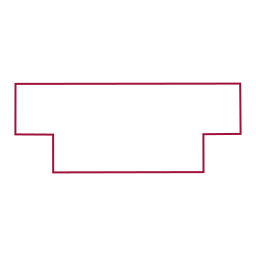 outline of Red Lake, Minnesota, United States of America
{"feature_id": "52423323B54609043510848", "entity_name": "Red Lake", "entity_type": "district", "adm_level": 2, "iso_a3": "USA", "parent_name": "United States of America", "parent_adm1": "Minnesota", "projection": "albers", "projection_center": [-96.095, 47.862], "detail": "fine", "context": "isolated", "style": "outline", "palette": "rose", "viewbox_px": 256, "rotation_deg": 0, "n_neighbors": 0, "source": "geoboundaries", "source_scale": "gbopen_adm2", "svg_char_len": 238}
<svg xmlns="http://www.w3.org/2000/svg" viewBox="0 0 256 256"><path d="M15.5,83.9L15.4,134.4L53.1,134.6L53.2,172.4L203.5,172.1L203.4,134.2L240.6,133.9L240.3,96.0L240.2,83.6L15.5,83.9Z" fill="none" stroke="#9f1239" stroke-width="2"/></svg>